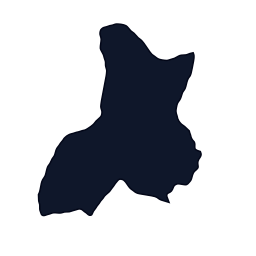 Vallejuelo, San Juan, Dominican Republic (Albers equal-area conic projection), rotated 280°
{"feature_id": "3306468B66406658248209", "entity_name": "Vallejuelo", "entity_type": "district", "adm_level": 2, "iso_a3": "DOM", "parent_name": "Dominican Republic", "parent_adm1": "San Juan", "projection": "albers", "projection_center": [-71.34, 18.666], "detail": "fine", "context": "isolated", "style": "filled", "palette": "ink", "viewbox_px": 256, "rotation_deg": 280, "n_neighbors": 0, "source": "geoboundaries", "source_scale": "gbopen_adm2", "svg_char_len": 3471}
<svg xmlns="http://www.w3.org/2000/svg" viewBox="0 0 256 256"><g transform="rotate(280 128 128)"><path d="M135.8,188.8L139.3,183.5L141.0,180.0L142.2,178.4L143.6,176.9L144.7,176.1L145.8,175.3L148.2,174.3L150.3,173.2L152.1,172.5L153.5,172.2L154.9,172.1L157.1,172.1L159.3,172.2L160.7,172.4L162.0,172.8L164.8,174.1L166.0,174.5L167.4,174.8L171.0,175.3L172.4,175.5L173.6,176.0L175.8,177.0L177.1,177.4L179.2,177.7L183.5,178.0L185.6,178.3L187.5,178.8L190.2,180.1L191.6,180.4L193.1,180.6L198.4,180.8L205.3,180.9L208.3,180.8L209.7,180.6L211.1,180.3L212.2,179.8L213.4,179.1L212.1,176.1L210.5,173.4L210.0,172.2L209.7,171.0L208.9,167.8L208.4,166.6L207.7,165.5L204.7,161.7L201.6,155.6L201.2,154.3L201.0,152.3L200.9,149.6L201.0,147.6L201.2,146.2L201.6,144.9L202.1,143.8L203.2,141.7L204.0,140.0L204.6,138.8L205.5,137.7L206.9,136.1L214.1,129.0L215.5,127.4L216.4,126.3L217.1,125.2L218.6,122.3L222.3,117.5L224.1,114.0L227.5,109.8L228.2,108.6L228.4,108.0L228.8,106.0L228.9,103.3L228.7,100.6L228.4,98.6L228.0,97.4L226.5,94.7L225.6,92.3L224.1,89.6L222.8,86.8L222.1,85.8L221.2,85.0L220.2,84.3L219.5,84.1L218.3,83.9L217.0,83.9L215.7,84.1L215.1,84.3L212.4,85.6L211.8,85.8L210.6,86.2L208.6,86.4L203.9,86.6L201.9,86.9L201.3,87.1L200.1,87.8L196.4,90.7L195.3,91.4L192.9,92.5L190.3,93.9L189.1,94.4L185.9,95.0L184.7,95.4L182.0,96.7L180.8,97.1L180.1,97.2L178.0,97.4L175.8,97.5L150.2,97.2L146.6,97.3L144.5,97.5L143.1,97.9L140.5,99.2L139.3,99.6L137.4,99.8L136.1,99.7L134.8,99.4L133.6,98.7L129.3,95.4L126.5,93.9L125.3,93.1L123.1,91.2L120.6,88.6L119.2,87.0L118.4,85.8L117.4,83.4L115.7,80.2L114.7,77.8L113.3,75.2L112.2,72.8L111.6,71.7L110.8,70.6L109.4,69.0L107.8,67.7L106.7,66.9L104.4,65.9L101.2,64.1L98.8,63.1L96.7,62.0L95.6,61.5L93.7,61.0L89.7,60.6L88.4,60.4L87.2,60.0L84.5,58.7L79.5,57.3L76.8,56.0L75.6,55.6L73.6,55.3L68.9,55.0L66.9,54.8L65.1,54.2L62.3,53.0L60.3,52.5L58.2,52.3L52.4,52.2L50.3,52.1L48.9,51.9L46.9,51.4L41.3,52.6L40.1,53.0L37.4,54.3L36.1,54.6L32.9,55.2L31.7,55.6L28.8,57.2L27.9,57.8L27.5,58.2L27.3,58.8L27.1,59.3L27.1,59.9L27.2,60.5L27.6,61.5L28.7,63.5L29.8,65.8L31.0,67.9L31.5,69.0L31.9,70.9L32.3,74.9L32.6,76.2L33.0,77.4L34.3,80.1L34.6,81.4L35.3,84.6L35.8,85.7L37.2,88.4L38.3,90.7L39.4,92.8L39.8,93.9L39.9,94.5L39.9,95.8L39.6,97.0L38.1,99.6L37.1,101.8L35.9,103.7L35.5,104.7L35.4,105.3L35.5,105.8L35.6,106.4L35.9,106.9L36.3,107.3L36.8,107.5L40.1,108.4L43.3,110.0L45.7,111.0L48.9,112.7L51.3,113.7L54.5,115.6L56.8,116.6L58.5,117.8L61.7,120.4L62.8,121.1L65.1,122.2L68.4,123.9L71.3,125.2L74.8,127.2L75.6,127.9L76.0,128.4L76.2,129.0L76.4,130.2L76.3,131.5L76.0,132.7L75.6,133.3L74.4,135.0L70.3,139.1L69.0,140.7L68.3,141.9L67.5,143.6L66.1,146.3L65.7,147.5L65.4,148.9L65.3,151.1L65.4,162.9L65.2,166.5L64.7,168.6L63.4,171.3L62.9,173.1L61.9,181.3L67.0,178.3L68.1,177.9L69.2,177.8L69.7,178.0L70.2,178.2L70.6,178.5L72.2,180.6L73.5,181.7L74.0,181.9L75.2,182.4L78.2,183.1L79.4,183.6L79.9,184.0L80.7,184.9L81.4,185.9L81.6,186.6L81.8,187.3L81.9,188.6L82.0,193.5L82.2,194.8L82.4,195.4L82.8,195.9L83.6,196.7L86.0,198.2L87.1,198.8L87.7,199.0L89.0,199.3L93.0,199.7L94.9,200.1L95.5,200.3L96.7,200.9L99.8,203.2L100.8,203.7L101.4,203.8L102.4,203.7L105.0,202.9L106.2,202.7L107.5,202.7L109.4,203.1L111.5,204.0L112.6,204.4L113.8,204.6L114.4,204.6L115.6,204.3L117.4,203.3L117.8,200.6L118.1,199.4L118.6,198.3L118.9,197.9L119.4,197.5L120.6,197.1L123.7,196.6L124.8,196.2L125.8,195.6L127.5,193.5L128.8,192.4L129.9,191.7L132.1,190.7L134.2,189.5L135.8,188.8Z" fill="#0f172a" stroke="#020617" stroke-width="1.5"/></g></svg>